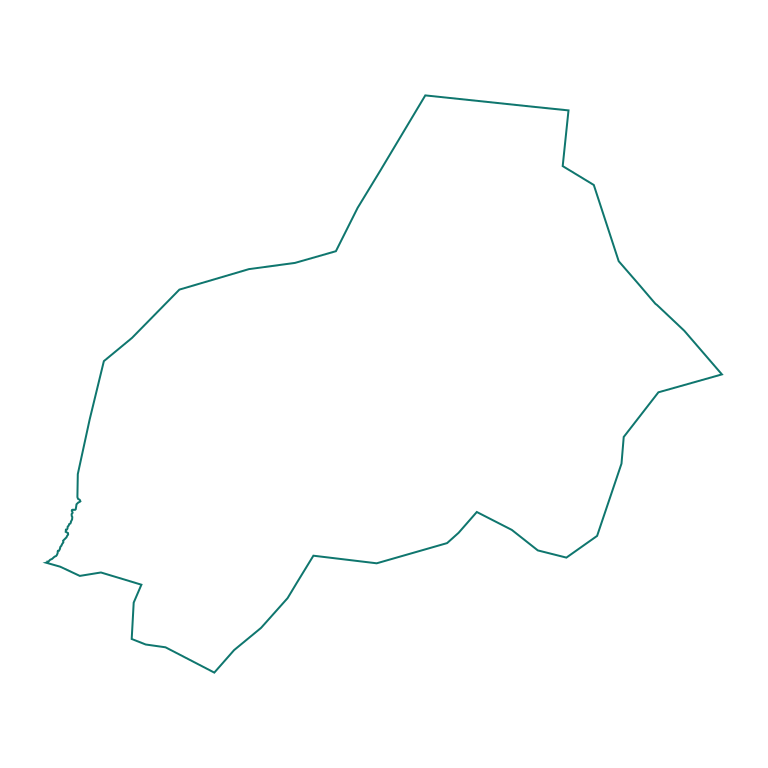 outline of Batcengel, Arhangay, Mongolia
{"feature_id": "93677404B51676367507043", "entity_name": "Batcengel", "entity_type": "district", "adm_level": 2, "iso_a3": "MNG", "parent_name": "Mongolia", "parent_adm1": "Arhangay", "projection": "equal_earth", "projection_center": [101.548, 47.88], "detail": "fine", "context": "isolated", "style": "outline", "palette": "teal", "viewbox_px": 768, "rotation_deg": 0, "n_neighbors": 0, "source": "geoboundaries", "source_scale": "gbopen_adm2", "svg_char_len": 1815}
<svg xmlns="http://www.w3.org/2000/svg" viewBox="0 0 768 768"><path d="M568.5,110.4L535.2,107.0L425.3,95.4L381.4,168.8L381.3,169.0L357.9,207.4L357.8,207.5L335.9,251.2L295.0,262.9L249.0,269.1L179.4,289.6L132.0,337.9L103.9,361.1L103.8,361.4L89.8,418.9L89.7,419.3L77.8,474.1L77.4,497.1L78.0,498.8L79.7,499.8L80.0,500.4L80.4,501.3L79.8,501.8L78.2,502.6L76.5,504.3L76.2,506.5L75.7,509.3L75.1,509.8L74.4,509.8L73.6,509.9L73.2,509.7L72.4,509.8L72.0,510.0L71.9,510.3L71.8,510.9L72.1,511.2L72.6,512.8L72.2,513.3L71.9,513.7L71.6,514.2L71.7,514.9L71.7,515.9L72.3,517.0L72.1,519.4L71.6,520.4L71.4,520.8L70.9,521.6L70.9,522.3L70.6,523.0L70.4,523.5L69.2,524.1L68.7,525.6L67.7,526.6L67.5,528.4L67.2,529.1L66.7,529.7L65.9,529.7L65.8,530.3L65.9,531.1L65.7,531.8L68.0,533.1L68.1,534.6L67.1,535.9L66.5,537.3L63.1,540.7L63.2,541.4L63.4,542.0L63.2,542.6L62.8,543.0L62.7,543.3L62.5,543.5L62.3,543.8L62.1,544.1L61.9,544.6L61.7,544.9L61.6,545.1L61.5,545.6L61.2,546.0L60.9,546.2L60.7,546.5L60.3,547.0L60.2,547.5L60.1,547.9L60.1,548.2L59.9,548.6L59.8,549.2L59.7,549.5L59.5,549.8L59.1,550.3L58.8,550.9L58.3,550.9L57.9,550.9L57.7,551.5L57.7,552.9L57.3,554.0L56.7,555.3L56.1,556.0L54.9,556.5L53.8,557.3L53.1,558.0L52.1,558.9L51.2,559.3L50.3,559.7L49.8,560.1L49.6,560.3L49.0,561.0L48.4,561.6L47.3,561.6L47.1,562.4L46.1,562.7L60.2,566.7L60.4,566.8L79.8,575.9L100.8,572.5L101.0,572.5L141.4,584.7L133.7,602.6L131.7,639.0L145.7,644.5L165.5,647.3L214.3,672.6L234.1,650.1L260.9,628.0L261.3,627.6L287.6,598.1L296.7,583.0L313.4,555.7L376.7,563.3L447.1,543.1L458.6,532.8L476.8,512.0L511.8,529.9L537.8,550.4L566.4,557.6L597.1,535.9L621.5,463.6L623.7,437.3L623.7,437.0L658.4,392.3L721.9,374.4L684.4,330.9L684.0,330.5L656.9,304.9L655.4,303.8L638.5,284.0L618.7,261.2L593.8,185.0L562.7,166.1L568.5,110.4Z" fill="none" stroke="#0f766e" stroke-width="2"/></svg>